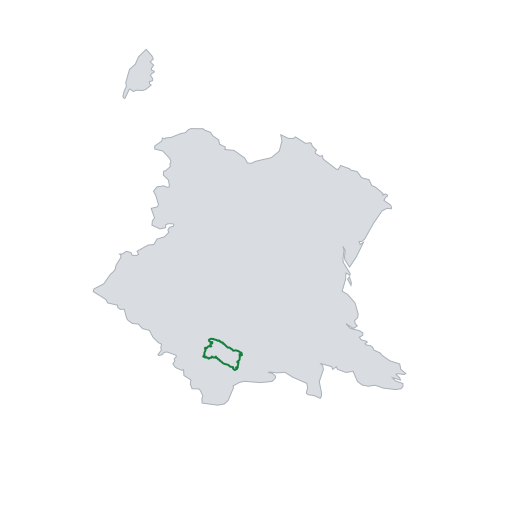 where Oise sits in France, rotated 200°
{"feature_id": "FRA-5331", "entity_name": "Oise", "entity_type": "Metropolitan department", "adm_level": 1, "iso_a3": "FRA", "parent_name": "France", "parent_adm1": "", "projection": "natural_earth1", "projection_center": [2.414, 49.417], "detail": "fine", "context": "in_parent", "style": "outline", "palette": "green", "viewbox_px": 512, "rotation_deg": 200, "n_neighbors": 0, "source": "natural_earth", "source_scale": "10m", "svg_char_len": 6476}
<svg xmlns="http://www.w3.org/2000/svg" viewBox="0 0 512 512"><g transform="rotate(200 256 256)"><path d="M384.8,211.1L381.8,212.6L379.9,215.6L378.0,216.3L374.5,216.3L372.7,214.4L368.5,215.6L366.9,217.5L369.4,219.8L361.2,229.3L355.9,231.9L354.8,238.1L348.6,242.7L346.3,247.7L346.1,248.6L347.7,250.2L347.1,253.4L343.9,255.5L344.0,257.6L344.9,257.9L349.8,256.2L351.6,254.3L350.6,251.7L355.5,248.6L364.3,249.3L365.4,253.6L364.4,257.1L370.8,264.9L365.4,268.5L365.1,270.8L370.9,278.6L374.5,281.8L372.7,287.1L366.7,290.4L362.9,290.2L361.3,291.0L361.5,292.6L364.2,297.4L370.8,300.4L371.8,304.0L370.0,305.3L367.1,310.7L368.5,313.4L368.0,314.6L368.7,316.4L370.5,318.2L379.6,322.8L387.7,321.9L388.8,324.6L383.9,331.7L384.3,334.9L381.8,334.9L381.3,336.0L376.3,338.4L368.3,345.6L364.5,347.7L363.0,351.3L360.8,353.4L349.2,357.5L346.9,356.6L341.2,356.7L337.6,354.1L330.8,352.4L328.5,348.6L322.1,347.9L321.7,345.4L312.8,347.7L300.2,344.2L295.7,340.5L292.1,341.5L288.9,344.8L275.3,353.6L270.0,362.6L271.0,373.2L274.2,378.4L265.9,377.6L261.0,379.2L259.7,381.4L248.0,378.8L243.6,381.0L242.4,380.8L240.9,378.6L235.2,376.1L236.1,374.3L235.3,372.8L229.9,371.5L228.0,373.1L226.0,370.0L210.8,365.2L208.4,365.2L207.4,370.0L197.6,369.9L196.3,369.0L190.0,370.0L183.3,365.6L175.9,366.4L171.4,361.8L167.0,361.5L160.8,359.2L157.9,357.9L157.6,356.6L155.7,358.6L153.4,358.2L152.9,357.6L154.4,355.0L154.8,352.0L147.0,349.9L145.0,347.7L145.0,346.6L149.2,345.6L153.0,341.5L156.8,326.7L159.7,309.1L161.6,305.8L164.0,304.9L162.1,302.5L159.7,305.6L161.4,289.6L164.3,277.6L170.8,282.5L172.3,284.6L174.1,291.8L177.7,294.8L175.4,291.9L173.1,282.4L171.7,279.7L161.5,271.7L161.2,269.9L165.7,270.8L163.9,264.9L163.0,252.4L156.8,251.2L146.9,245.8L140.1,236.3L139.4,232.8L141.3,229.0L139.8,226.6L136.9,225.0L139.2,221.7L141.2,221.4L148.4,223.2L142.6,220.2L133.0,221.2L129.2,220.2L128.6,217.9L131.2,215.0L128.1,213.2L122.6,213.7L122.0,212.9L123.6,210.8L122.3,210.1L117.8,210.9L115.3,210.2L113.0,207.9L105.8,207.3L104.2,206.0L94.4,203.3L84.0,203.7L81.2,199.0L75.0,196.8L76.3,195.3L82.6,193.9L83.9,192.6L79.3,190.7L77.8,188.8L86.2,188.3L82.5,186.3L74.3,186.4L73.3,183.6L74.4,180.8L79.3,178.2L91.2,175.4L99.8,175.3L106.0,172.0L112.0,171.1L117.7,172.7L125.3,180.9L131.6,177.3L140.8,177.4L142.6,179.4L145.2,175.7L147.2,177.9L158.4,177.1L155.8,175.7L153.8,172.3L153.6,159.6L148.0,150.4L146.6,147.0L147.0,144.2L153.7,144.7L159.3,143.5L161.9,144.3L162.5,150.2L164.8,153.7L180.2,154.7L189.1,156.6L196.6,153.2L203.6,151.7L204.2,150.9L200.2,151.3L196.5,149.8L196.0,148.2L198.0,143.6L208.7,138.5L224.4,134.2L228.5,131.3L233.1,126.1L232.1,124.8L232.8,110.7L235.2,106.1L241.1,102.7L256.3,99.4L258.2,103.8L258.0,106.4L262.1,110.3L264.1,111.6L270.7,109.4L273.9,113.1L274.8,117.3L282.8,119.0L285.2,124.4L286.7,123.2L291.7,123.5L294.0,123.9L297.3,126.3L296.3,129.6L297.7,131.2L296.4,134.2L297.4,135.4L306.6,135.4L309.3,134.1L310.5,131.1L313.3,129.3L314.4,129.8L312.7,135.4L314.0,136.9L314.7,140.9L318.1,141.2L325.0,144.4L330.7,149.7L337.8,148.9L343.3,151.8L349.1,150.3L354.5,151.9L356.4,153.4L361.6,160.9L365.5,159.4L368.2,160.3L369.2,162.4L379.5,161.2L381.4,163.3L383.6,164.1L396.8,166.9L397.0,169.7L389.6,177.7L386.5,189.1L384.4,193.0L383.6,196.0L384.3,198.0L384.0,201.1L382.5,208.5L383.5,210.7L384.8,211.1ZM436.3,366.2L435.8,371.0L437.7,374.5L438.7,388.3L435.0,394.9L434.5,403.0L429.9,412.6L422.2,408.4L419.9,406.0L421.8,402.3L417.4,400.3L418.4,396.8L417.9,395.0L414.8,394.8L414.6,393.9L416.8,391.1L416.7,389.4L413.7,387.3L413.1,385.4L415.9,383.2L414.6,381.3L413.0,380.8L416.7,374.6L419.3,372.7L425.1,370.9L427.5,368.6L431.4,369.8L432.1,369.2L433.1,359.3L434.4,359.2L435.7,360.5L436.3,366.2ZM162.0,265.6L161.1,268.4L157.2,263.5L156.7,260.8L162.0,265.6Z" fill="#d9dde1" stroke="#a8b0b8" stroke-width="1"/><path d="M271.1,143.5L271.2,143.8L271.1,144.1L270.8,145.7L270.8,146.1L270.9,146.3L271.3,147.0L271.4,147.5L271.4,148.1L271.2,149.6L271.2,150.0L271.2,150.3L271.3,150.7L271.5,151.0L272.0,151.2L272.2,151.4L272.3,151.7L272.4,152.1L272.3,152.4L272.0,152.6L271.8,152.6L271.3,152.4L271.1,152.4L270.7,152.7L270.2,154.2L269.9,154.8L269.2,155.3L267.9,155.3L267.3,155.8L268.4,157.0L268.6,157.3L268.7,157.6L268.3,158.3L267.7,158.5L267.3,158.9L267.4,159.6L267.6,159.9L267.8,160.1L268.0,160.0L269.4,159.7L269.9,159.7L270.7,160.0L271.1,160.3L271.4,160.6L271.4,161.1L271.3,161.5L270.9,162.0L270.5,162.4L270.2,162.6L269.6,163.0L269.3,163.1L268.9,163.1L268.6,163.1L268.2,163.2L267.8,163.5L267.6,163.5L267.3,163.3L267.0,163.2L266.6,163.3L264.7,163.6L263.3,163.3L263.0,163.3L262.8,163.3L262.5,163.5L262.4,163.7L262.3,163.8L262.1,163.9L261.8,163.9L261.6,163.8L261.4,163.7L261.2,163.5L261.0,163.4L260.4,163.6L260.2,163.6L259.9,163.4L259.4,163.0L258.8,162.9L257.8,163.3L257.2,163.0L257.0,162.7L256.9,162.5L256.8,162.4L256.6,162.3L256.1,162.5L255.9,162.4L251.5,160.4L251.1,160.3L250.7,160.4L249.8,160.9L249.5,160.9L249.1,160.8L247.5,160.2L246.9,160.1L246.5,160.1L245.9,159.8L245.6,159.6L245.4,159.4L245.2,159.3L244.6,159.4L244.3,159.5L243.2,160.2L242.8,160.4L242.4,160.5L241.2,160.5L240.3,160.7L239.9,160.5L239.1,160.4L238.0,160.1L237.2,160.1L236.9,160.1L236.6,160.0L236.3,159.8L236.1,159.5L236.0,159.2L235.6,158.7L235.5,158.3L235.4,158.1L235.5,158.0L235.8,157.6L236.0,157.4L236.3,157.4L236.5,157.5L236.8,157.7L237.0,158.0L237.4,158.2L237.5,158.2L237.8,158.0L237.6,157.5L236.9,156.1L236.2,153.8L236.1,152.9L236.1,152.5L236.2,152.1L236.5,151.6L236.6,151.2L236.8,151.0L237.0,150.9L237.4,150.4L237.4,150.1L237.2,149.8L236.7,149.8L236.3,150.0L236.2,150.0L236.0,149.8L235.9,149.4L235.8,148.3L235.7,147.9L235.6,147.6L235.5,146.6L235.5,146.0L235.4,145.8L235.3,145.6L235.2,145.5L235.4,145.3L235.9,145.0L236.2,144.8L236.5,144.5L236.6,144.2L236.4,143.9L236.2,143.9L235.7,144.0L235.2,144.1L235.2,143.8L235.3,143.4L236.2,142.3L236.4,142.0L236.9,141.8L237.1,141.6L238.7,142.2L239.1,142.4L239.2,142.7L239.4,143.5L239.6,143.7L242.5,143.2L244.8,144.2L249.1,143.8L250.8,144.1L252.1,144.8L254.1,145.2L254.8,145.9L255.1,146.0L255.4,146.1L255.9,145.9L256.2,145.9L257.2,146.7L257.6,146.9L257.8,146.8L258.4,146.5L258.7,146.6L258.9,146.8L259.0,147.5L259.3,147.7L259.5,147.6L259.6,147.4L259.7,147.1L259.9,146.9L260.6,146.2L261.0,146.1L261.6,146.1L262.6,146.4L263.0,146.4L263.1,146.2L263.1,145.9L263.1,145.7L263.1,145.4L263.2,145.1L263.5,144.9L264.2,144.8L264.5,144.5L265.0,143.7L265.3,143.4L265.7,143.4L266.5,143.9L267.0,143.9L267.4,143.7L267.7,143.6L268.0,143.7L268.8,144.2L269.2,144.2L269.4,143.9L269.4,143.3L271.1,143.5Z" fill="none" stroke="#15803d" stroke-width="2"/></g></svg>